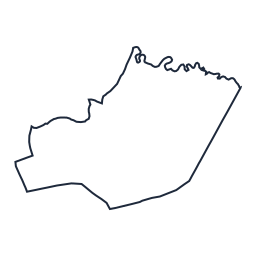 the district of Yalimo, Papua, Indonesia
{"feature_id": "22746128B10188501962211", "entity_name": "Yalimo", "entity_type": "district", "adm_level": 2, "iso_a3": "IDN", "parent_name": "Indonesia", "parent_adm1": "Papua", "projection": "orthographic", "projection_center": [139.502, -3.785], "detail": "fine", "context": "isolated", "style": "outline", "palette": "slate", "viewbox_px": 256, "rotation_deg": 0, "n_neighbors": 0, "source": "geoboundaries", "source_scale": "gbopen_adm2", "svg_char_len": 3558}
<svg xmlns="http://www.w3.org/2000/svg" viewBox="0 0 256 256"><path d="M134.3,47.5L133.2,47.8L132.5,51.5L129.8,57.9L126.6,64.6L125.0,69.2L122.9,73.7L120.8,76.0L118.8,80.3L117.1,83.9L115.4,85.7L114.0,87.2L110.3,91.1L106.8,93.5L105.8,94.6L103.3,96.3L102.3,99.5L101.9,103.4L99.5,102.5L96.8,101.5L95.2,100.5L93.6,100.0L91.2,99.5L88.8,99.6L89.6,102.0L90.4,104.6L89.5,106.1L88.7,108.9L88.8,112.0L89.2,113.4L89.5,116.2L88.7,118.8L86.3,120.1L85.0,121.5L84.9,121.5L80.9,122.1L76.7,121.8L75.9,121.5L73.5,120.2L72.4,119.9L71.1,119.5L69.7,118.5L66.6,117.6L66.3,117.6L62.7,117.5L60.9,117.5L57.6,117.9L55.8,118.6L53.7,119.1L52.8,119.7L52.7,119.7L51.7,120.3L50.6,120.9L49.0,122.2L47.3,123.8L45.4,123.6L43.5,125.0L41.4,126.0L39.6,126.8L39.0,127.0L36.5,128.0L33.8,127.8L31.6,126.4L31.0,129.5L29.4,135.6L29.3,137.8L29.2,142.0L29.8,145.8L30.3,148.2L32.6,155.6L29.0,156.9L27.3,157.5L15.4,161.9L15.8,165.5L15.9,166.3L16.8,168.3L18.8,172.8L19.0,173.3L21.1,177.8L22.0,179.6L23.0,181.9L24.5,185.5L25.3,187.2L26.1,189.2L27.0,191.7L36.3,189.8L42.0,188.6L47.0,187.6L55.1,185.9L57.0,185.5L70.6,183.5L71.3,183.4L73.7,183.5L81.6,184.0L85.2,186.9L88.8,189.9L92.3,192.8L95.9,195.4L100.0,198.1L101.4,199.0L106.6,202.9L109.9,209.0L115.3,208.0L131.5,204.1L139.8,202.0L142.3,200.7L145.4,199.8L149.5,198.6L149.9,198.5L152.0,197.9L159.9,196.5L167.5,193.5L174.9,190.6L176.2,190.1L178.9,188.2L179.7,187.6L182.5,185.6L184.3,184.3L189.2,181.0L190.7,178.3L191.8,176.2L195.6,169.4L196.9,167.0L197.6,165.7L198.9,163.2L200.0,161.4L208.7,145.5L210.9,141.6L213.6,136.7L222.5,120.4L227.3,111.9L238.3,91.9L240.5,87.9L240.6,87.5L240.2,87.7L239.9,87.7L239.7,87.5L239.5,87.3L239.3,87.0L239.3,86.8L239.2,86.5L239.1,86.2L239.0,85.9L238.9,85.7L238.6,85.4L238.4,85.0L238.2,84.6L237.8,83.9L237.7,83.8L237.3,83.6L236.9,83.1L236.7,82.9L236.5,82.6L236.0,82.0L235.5,81.3L235.0,80.4L234.7,79.8L234.1,79.1L233.3,78.5L232.9,78.2L232.1,78.2L231.2,78.2L228.6,79.6L226.4,78.6L225.0,77.0L223.1,76.4L221.2,77.1L219.8,78.6L217.9,78.5L217.6,77.5L219.0,76.3L219.4,74.4L218.6,73.6L216.8,73.7L215.4,74.0L213.8,74.2L212.0,73.5L210.6,73.0L209.1,72.1L207.8,72.7L206.8,73.8L205.8,74.3L205.9,73.2L206.2,71.7L205.4,71.0L203.7,70.6L202.5,70.2L204.2,69.0L203.3,67.6L203.0,67.8L201.9,68.3L200.7,68.9L199.3,67.4L199.1,65.4L198.7,63.9L197.3,62.8L196.2,63.2L195.2,64.7L194.7,66.6L193.7,67.9L192.5,67.7L191.0,66.0L189.9,64.9L188.7,64.3L187.1,64.9L186.7,66.4L187.7,68.1L188.5,69.9L186.5,71.1L184.7,69.3L184.5,66.4L183.3,64.5L181.3,64.8L179.5,66.7L179.4,66.8L178.0,69.5L177.4,70.0L176.2,71.0L174.6,71.3L172.5,70.4L172.1,70.0L171.0,68.8L167.3,70.1L166.0,69.0L165.1,67.2L164.8,65.7L165.5,64.4L166.9,63.5L168.8,63.0L170.5,62.2L171.4,61.4L171.6,61.2L172.1,59.8L171.3,58.2L170.4,57.2L168.9,56.9L167.6,57.1L166.0,57.9L164.3,58.8L162.8,60.2L161.5,61.9L160.5,63.2L159.7,64.3L158.8,65.8L158.1,66.2L156.3,66.8L154.8,66.9L152.7,65.9L151.2,64.5L149.5,64.0L147.8,63.5L145.8,62.6L145.2,62.4L144.9,62.0L144.5,61.6L144.5,61.2L144.4,60.6L144.6,60.0L144.8,59.3L144.9,58.6L145.1,57.9L145.2,57.0L144.9,56.2L144.5,55.6L144.1,55.2L143.6,54.9L142.6,54.7L141.9,54.8L141.3,55.0L140.5,55.5L140.0,56.2L139.5,57.0L139.2,58.1L139.4,59.2L139.6,59.6L139.9,60.2L140.0,60.8L139.9,61.4L139.2,62.1L138.1,62.6L137.4,62.4L137.0,61.9L136.8,61.1L136.6,60.3L136.5,59.6L136.3,59.2L136.0,58.2L135.6,57.3L135.6,56.5L136.2,55.6L136.7,55.0L137.4,54.7L138.3,54.5L139.2,54.2L140.0,53.4L140.6,52.7L140.6,51.7L140.3,50.7L139.6,50.0L139.3,49.4L139.0,49.0L138.6,48.2L138.4,47.8L137.9,47.4L137.2,47.1L136.4,47.0L135.5,47.1L134.7,47.3L134.3,47.5Z" fill="none" stroke="#1e293b" stroke-width="2"/></svg>